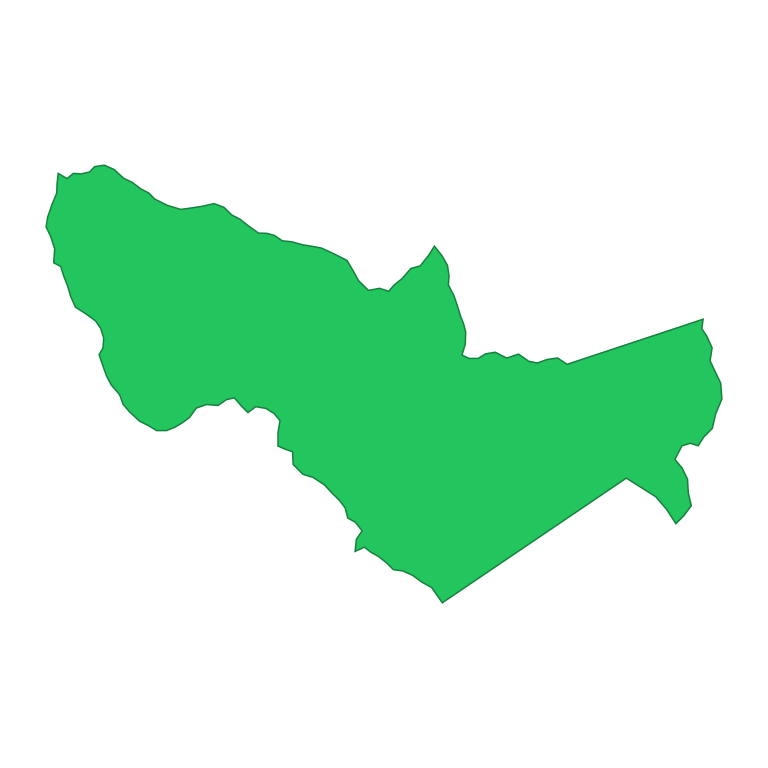 Santa Rosa de Lima, Santa Catarina, Brazil
{"feature_id": "56859067B20346666539380", "entity_name": "Santa Rosa de Lima", "entity_type": "district", "adm_level": 2, "iso_a3": "BRA", "parent_name": "Brazil", "parent_adm1": "Santa Catarina", "projection": "albers", "projection_center": [-49.198, -28.013], "detail": "fine", "context": "isolated", "style": "filled", "palette": "green", "viewbox_px": 768, "rotation_deg": 0, "n_neighbors": 0, "source": "geoboundaries", "source_scale": "gbopen_adm2", "svg_char_len": 2029}
<svg xmlns="http://www.w3.org/2000/svg" viewBox="0 0 768 768"><path d="M58.2,173.4L57.1,183.2L56.7,193.1L51.9,204.8L47.6,217.2L46.1,226.9L50.7,236.5L54.7,248.9L53.7,262.8L60.7,266.5L63.8,276.3L67.8,286.5L70.6,296.3L75.4,307.1L87.3,314.8L95.6,321.0L100.7,328.5L103.7,337.9L103.0,347.9L99.1,354.8L102.7,365.3L106.7,376.4L111.3,385.0L119.6,394.7L123.2,404.5L129.5,411.8L139.5,421.2L148.4,425.6L156.7,430.6L166.6,430.6L175.4,427.0L182.9,422.4L189.5,417.5L196.3,408.1L206.6,404.5L218.0,405.5L226.3,399.7L234.3,397.8L242.0,406.7L248.0,412.6L255.8,406.7L265.8,408.4L274.1,413.5L280.0,420.6L278.0,432.7L278.0,446.1L285.1,449.2L292.6,451.8L293.1,464.4L302.9,474.3L313.2,477.5L324.6,485.0L332.1,493.2L338.9,499.8L345.1,507.8L347.8,518.1L355.4,522.3L362.1,530.8L356.3,539.5L355.1,551.4L364.4,547.2L370.8,552.2L378.6,556.6L386.6,562.9L393.4,569.7L402.7,570.9L412.7,575.4L421.7,582.1L431.6,587.5L442.3,602.8L626.3,478.1L655.8,496.8L666.6,509.4L675.9,523.7L683.8,515.7L691.3,505.7L688.3,492.8L687.5,479.1L682.0,467.9L674.9,459.4L682.0,445.8L690.3,443.3L698.2,445.8L703.7,437.1L712.3,428.4L715.6,414.1L721.9,398.9L720.7,383.2L715.2,371.7L710.1,360.9L712.1,347.8L706.6,335.8L701.8,328.7L703.1,319.2L567.1,364.3L557.6,358.0L547.0,359.5L537.4,363.0L528.8,361.3L518.5,354.1L506.7,358.1L495.3,352.2L485.4,353.9L478.2,358.4L468.8,358.4L462.0,355.0L465.3,344.1L465.7,332.1L463.7,324.1L460.8,316.8L457.4,305.8L453.8,295.3L448.4,285.0L449.0,275.8L447.5,265.4L441.9,255.6L434.4,246.2L428.8,255.1L420.2,265.9L410.8,268.5L402.3,278.4L394.2,285.0L388.6,291.3L379.6,288.3L368.5,290.4L358.6,280.7L352.8,270.2L347.1,260.5L338.1,255.9L329.8,251.9L321.5,248.1L313.2,246.5L302.6,244.8L291.8,241.8L282.3,240.8L274.4,235.4L266.6,233.3L258.6,233.1L248.4,225.9L240.1,219.3L231.8,215.0L223.9,207.3L214.0,203.6L201.7,206.4L192.3,207.8L180.8,209.4L167.4,205.4L154.8,199.1L148.8,193.0L140.9,188.9L132.1,182.3L123.5,178.2L114.4,169.7L104.5,165.2L94.7,166.6L89.5,172.0L81.1,173.9L73.3,173.4L67.0,178.6L58.2,173.4Z" fill="#22c55e" stroke="#15803d" stroke-width="1.5"/></svg>